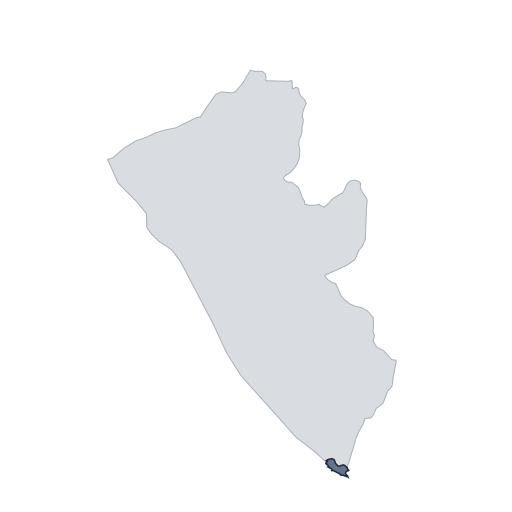 Harper, Maryland, Liberia (highlighted), rotated 20°
{"feature_id": "62588387B65193305891299", "entity_name": "Harper", "entity_type": "district", "adm_level": 2, "iso_a3": "LBR", "parent_name": "Liberia", "parent_adm1": "Maryland", "projection": "orthographic", "projection_center": [-7.714, 4.427], "detail": "fine", "context": "in_parent", "style": "filled", "palette": "slate", "viewbox_px": 512, "rotation_deg": 20, "n_neighbors": 0, "source": "geoboundaries", "source_scale": "gbopen_adm2", "svg_char_len": 4432}
<svg xmlns="http://www.w3.org/2000/svg" viewBox="0 0 512 512"><g transform="rotate(20 256 256)"><path d="M83.6,216.1L88.1,212.4L94.7,200.3L103.9,188.7L112.5,181.8L119.3,174.8L126.5,169.3L136.8,163.0L152.5,146.4L156.2,144.4L158.8,132.9L162.8,118.1L167.3,113.6L178.0,110.9L180.5,108.4L184.4,98.0L186.8,85.9L187.1,83.3L191.3,83.0L198.4,80.4L202.6,81.6L204.4,85.1L205.3,88.0L227.1,80.6L229.0,79.0L230.1,79.3L232.8,86.1L234.4,85.7L235.7,83.7L237.2,83.5L238.9,84.4L240.6,87.6L243.3,90.5L248.0,92.5L251.0,95.2L250.6,102.5L251.7,109.6L253.7,111.2L254.8,115.4L255.3,120.0L256.5,122.5L257.2,127.2L256.8,132.2L257.6,135.7L261.1,141.8L263.2,149.5L263.2,154.9L261.9,160.6L259.6,165.8L255.5,171.5L255.2,173.8L257.6,175.2L261.2,175.5L264.3,174.4L272.0,177.0L276.0,180.8L279.5,185.4L282.7,187.8L284.2,190.7L289.6,189.9L296.0,187.1L297.3,185.8L299.2,186.5L303.3,186.8L306.2,181.7L308.5,175.9L313.4,169.6L315.9,167.1L316.5,163.1L316.8,157.9L318.6,153.4L322.7,150.9L327.0,150.9L329.4,151.8L330.6,156.2L334.2,159.6L337.2,161.9L338.8,162.8L341.3,165.4L343.7,174.2L353.0,202.8L352.5,210.7L350.7,215.8L350.6,220.8L350.0,225.8L344.2,234.0L327.2,250.6L328.5,252.1L332.5,254.0L336.7,255.0L340.1,254.5L344.3,258.6L348.9,263.9L353.7,266.6L360.7,269.0L366.9,269.3L372.1,268.4L379.4,269.4L387.2,273.7L390.0,280.9L391.9,287.1L394.6,290.3L395.0,295.7L400.5,300.4L408.5,301.4L418.8,306.9L421.4,306.6L422.5,305.9L423.8,307.0L426.4,323.1L428.4,331.6L427.3,335.0L425.9,337.7L425.8,350.7L421.2,358.1L420.4,366.3L419.1,369.0L414.1,371.3L414.1,377.6L412.8,385.2L412.3,393.2L413.7,414.3L413.9,430.0L416.2,433.0L406.5,431.7L378.0,419.7L356.0,412.8L282.5,373.4L262.1,357.6L238.6,334.1L186.5,286.6L174.6,279.0L159.6,275.3L150.4,271.2L143.8,266.8L138.6,253.7L125.6,245.9L101.6,234.7L83.6,216.1Z" fill="#d9dde1" stroke="#a8b0b8" stroke-width="1"/><path d="M392.0,424.1L391.9,424.2L392.0,424.3L392.3,424.6L392.5,424.8L392.7,425.0L392.8,425.3L393.0,425.6L393.1,425.8L393.2,426.1L393.1,426.3L393.0,426.5L392.7,426.7L392.7,426.8L392.4,426.9L392.4,427.0L392.3,427.3L392.4,427.2L392.5,427.2L392.6,427.3L393.0,427.3L393.3,427.4L393.5,427.4L393.6,427.5L393.8,427.5L394.0,427.6L394.3,427.7L394.4,427.8L394.5,427.8L394.6,428.0L394.8,428.1L395.1,428.2L395.3,428.3L395.5,428.4L395.6,428.5L395.8,428.6L396.0,428.8L396.2,429.0L396.0,429.3L396.0,429.5L395.9,429.6L396.1,429.6L396.3,429.6L396.5,429.6L397.1,429.8L397.4,429.8L397.5,429.9L397.8,429.9L398.3,430.0L398.9,430.1L399.2,430.1L399.3,430.2L400.1,430.3L400.3,430.5L400.6,430.6L400.8,430.8L401.0,431.1L401.0,431.3L400.9,431.4L400.7,431.4L400.6,431.5L400.5,431.8L400.8,431.8L400.9,431.7L401.0,431.6L400.9,431.6L401.0,431.4L401.4,431.3L401.6,431.3L401.8,431.3L402.2,431.3L402.5,431.3L403.4,431.4L403.6,431.4L403.9,431.4L404.0,431.5L404.4,431.5L404.6,431.5L405.0,431.5L405.5,431.6L406.0,431.7L406.5,431.7L406.8,431.8L407.3,431.8L408.1,431.9L408.4,431.9L409.0,432.0L409.3,432.1L409.5,432.2L409.7,432.3L409.9,432.5L410.1,432.7L410.4,432.7L410.5,432.7L410.6,432.8L410.9,432.7L411.2,432.7L411.4,432.7L411.7,432.7L411.9,432.6L412.0,432.5L412.1,432.4L412.4,432.3L412.7,432.2L413.2,432.2L413.7,432.2L413.9,432.2L414.1,432.2L414.9,432.1L415.5,432.1L416.5,432.1L417.3,432.1L417.6,432.1L417.9,432.2L417.4,431.6L417.3,431.4L417.0,431.2L416.6,431.0L416.1,430.8L415.7,430.6L415.1,430.3L414.8,430.1L414.7,430.0L414.6,429.9L414.5,429.5L414.4,429.2L414.3,428.9L414.3,428.7L414.4,428.3L414.7,427.7L415.1,427.1L415.6,426.6L416.1,426.2L416.4,426.1L416.6,425.9L416.6,425.7L416.4,425.5L416.2,425.4L415.8,425.2L415.4,425.1L415.0,424.8L414.8,424.7L414.6,424.6L414.4,424.1L414.3,423.8L414.1,423.8L413.6,423.5L413.3,423.4L412.9,423.1L412.5,423.0L412.1,422.9L411.5,422.6L411.0,422.5L410.5,422.4L410.1,422.3L409.8,422.3L409.5,422.5L409.3,422.6L409.0,422.8L408.9,422.8L408.5,423.1L408.2,423.3L408.0,423.5L407.3,424.0L406.9,424.4L406.6,424.6L406.2,424.9L405.9,425.1L405.6,425.3L405.4,425.4L405.1,425.4L404.5,425.1L403.9,424.8L403.5,424.5L403.1,424.3L402.6,424.1L402.1,423.9L401.9,423.8L401.4,423.6L401.2,423.3L401.0,422.9L400.8,422.5L400.4,422.1L400.1,421.7L399.8,421.4L399.4,420.9L398.8,420.6L398.2,420.5L397.6,420.5L397.2,420.5L396.9,420.5L396.7,420.5L396.2,420.8L395.4,421.3L394.7,421.7L393.7,422.3L393.3,422.7L392.9,423.1L392.8,423.3L392.7,423.4L392.7,423.5L392.9,423.7L393.0,423.8L393.2,424.1L393.2,424.3L393.2,424.5L393.1,424.8L392.9,424.8L392.7,424.7L392.4,424.5L392.4,424.4L392.2,424.2L392.0,424.1Z" fill="#64748b" stroke="#1e293b" stroke-width="1.5"/></g></svg>